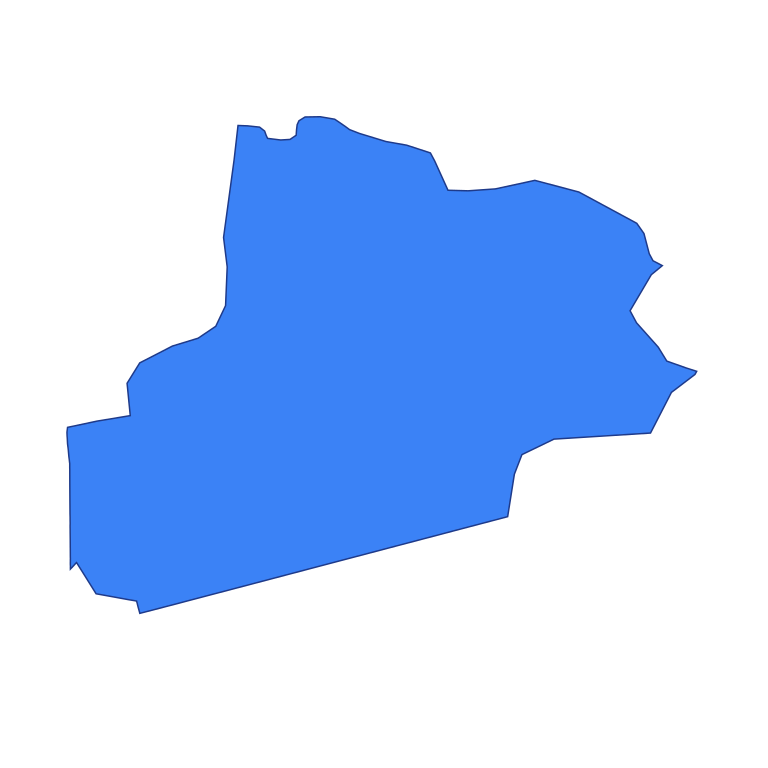 outline of Kas, Southern Darfur, Sudan, rotated 277°
{"feature_id": "16777658B26815240232488", "entity_name": "Kas", "entity_type": "district", "adm_level": 2, "iso_a3": "SDN", "parent_name": "Sudan", "parent_adm1": "Southern Darfur", "projection": "orthographic", "projection_center": [24.119, 12.446], "detail": "fine", "context": "isolated", "style": "filled", "palette": "blue", "viewbox_px": 768, "rotation_deg": 277, "n_neighbors": 0, "source": "geoboundaries", "source_scale": "gbopen_adm2", "svg_char_len": 1768}
<svg xmlns="http://www.w3.org/2000/svg" viewBox="0 0 768 768"><g transform="rotate(277 384 384)"><path d="M604.5,508.9L591.2,470.7L586.0,444.0L584.1,423.9L611.6,407.1L616.0,404.0L619.0,401.9L623.8,377.4L624.9,356.4L629.7,329.1L632.3,318.8L634.9,314.2L638.4,307.5L640.8,302.8L641.1,296.7L641.5,288.1L639.4,273.1L634.9,267.5L630.8,266.2L625.9,266.2L620.2,266.5L615.3,260.9L613.6,251.7L613.6,238.5L616.5,236.7L620.5,234.7L623.8,229.2L623.6,217.2L622.8,207.6L588.1,207.9L509.9,206.9L481.1,214.1L442.5,217.2L420.8,210.0L406.8,193.9L395.9,169.4L375.2,139.0L353.4,128.9L321.7,136.0L312.2,103.7L302.4,75.2L302.2,75.2L300.4,75.2L298.3,75.2L297.8,75.2L297.7,75.2L296.8,75.3L293.7,75.8L292.3,76.1L291.2,76.3L286.0,77.2L282.1,78.2L280.0,78.7L279.5,78.8L279.0,78.9L277.6,79.2L277.1,79.3L273.4,80.1L270.3,80.9L269.8,81.0L267.7,81.5L267.1,81.7L264.8,82.0L262.3,82.3L261.1,82.5L259.5,82.7L246.0,84.4L216.7,88.2L213.4,88.7L210.2,89.1L208.8,89.3L206.5,89.6L206.1,89.6L203.6,89.9L201.5,90.2L199.1,90.5L191.6,91.5L185.4,92.3L184.5,92.4L182.4,92.7L173.8,93.8L172.6,94.0L171.5,94.1L170.5,94.2L170.2,94.3L169.8,94.3L168.8,94.4L168.0,94.5L167.1,94.6L165.9,94.8L164.7,95.0L163.5,95.1L162.1,95.3L163.2,96.1L164.0,96.8L164.4,97.0L166.0,98.2L166.9,98.8L168.3,99.8L168.7,100.1L169.3,100.6L158.0,109.8L140.7,123.8L139.8,139.8L138.8,156.7L138.5,163.6L138.4,164.3L138.4,164.5L138.4,164.9L137.3,165.3L136.7,165.6L135.3,166.1L132.7,167.1L127.6,169.2L126.6,169.6L141.1,206.3L144.2,214.0L267.4,522.9L310.4,524.4L330.7,529.5L350.0,559.4L367.8,654.5L410.7,670.3L431.4,691.5L434.7,692.8L436.7,682.2L441.2,661.9L454.0,651.7L475.5,627.2L486.7,619.3L525.1,636.0L535.4,645.8L539.1,636.0L545.6,631.4L565.0,623.7L574.3,615.3L598.3,554.0L604.5,508.9Z" fill="#3b82f6" stroke="#1e3a8a" stroke-width="1.5"/></g></svg>